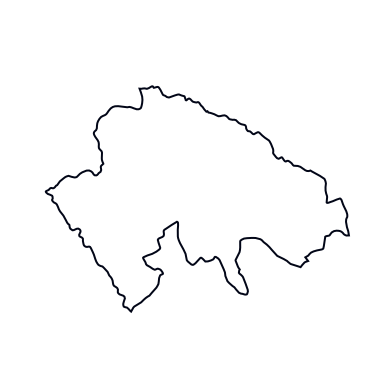 the district of Quan Ba, Hà Giang, Vietnam, rotated 337°
{"feature_id": "81297802B31175014332346", "entity_name": "Quan Ba", "entity_type": "district", "adm_level": 2, "iso_a3": "VNM", "parent_name": "Vietnam", "parent_adm1": "Hà Giang", "projection": "natural_earth1", "projection_center": [104.959, 23.067], "detail": "fine", "context": "isolated", "style": "outline", "palette": "ink", "viewbox_px": 384, "rotation_deg": 337, "n_neighbors": 0, "source": "geoboundaries", "source_scale": "gbopen_adm2", "svg_char_len": 5994}
<svg xmlns="http://www.w3.org/2000/svg" viewBox="0 0 384 384"><g transform="rotate(337 192 192)"><path d="M319.5,293.3L320.5,289.0L320.9,284.9L322.1,279.7L323.2,277.5L324.0,276.6L325.0,275.8L325.5,275.0L325.9,274.0L326.2,273.0L326.5,270.0L326.2,264.3L326.2,262.2L326.5,257.8L326.3,256.9L326.0,256.1L325.6,255.8L322.4,255.5L317.9,255.5L315.5,255.3L313.4,255.2L312.3,254.9L311.9,254.5L311.9,254.1L314.3,249.7L314.7,248.6L314.9,245.9L315.5,242.9L316.8,239.7L318.6,236.5L319.0,234.6L319.1,233.0L319.0,231.6L318.8,231.3L316.1,227.2L310.5,220.1L309.4,218.5L307.8,218.4L306.1,217.6L304.8,216.3L301.6,211.2L299.6,209.4L296.0,207.6L295.5,206.8L294.9,204.4L293.6,202.0L292.8,201.0L291.7,200.5L290.4,200.6L290.1,200.5L289.5,199.9L289.1,198.7L288.5,195.6L288.2,195.2L287.7,195.0L285.0,195.3L284.5,195.1L283.5,194.0L282.9,192.4L281.9,188.7L281.9,187.8L282.8,186.1L283.2,185.0L283.4,184.0L283.5,178.7L283.3,176.2L283.0,174.7L280.3,170.5L278.7,167.4L277.2,163.8L276.6,163.0L276.0,162.7L274.6,162.7L271.6,163.0L271.1,162.7L270.6,162.2L269.6,159.8L269.0,158.8L267.3,157.8L266.9,156.8L266.7,155.8L266.7,154.6L267.2,153.2L267.2,151.7L266.7,150.9L263.9,148.9L262.5,147.3L262.0,146.6L260.5,143.0L259.0,141.9L257.7,141.5L255.6,140.1L254.8,139.4L254.0,137.0L253.3,135.5L252.0,134.2L250.1,133.6L247.7,133.2L246.0,132.6L245.0,131.6L242.9,129.1L240.7,127.1L239.2,125.9L238.2,125.3L237.8,123.7L236.6,123.7L235.6,120.8L235.0,117.9L234.1,115.9L233.5,112.8L233.2,112.2L232.8,111.7L232.3,111.5L231.2,111.4L230.3,110.9L229.3,110.2L228.1,109.2L227.5,108.0L226.9,106.2L226.2,105.1L225.7,104.8L224.6,104.8L223.2,105.3L222.6,105.4L222.2,105.1L222.1,104.8L222.3,104.3L222.3,102.9L222.5,101.5L222.4,100.9L220.0,99.0L218.1,97.1L216.7,96.7L213.9,96.4L208.7,96.1L207.7,96.0L206.0,94.8L205.0,93.1L203.4,91.5L203.2,90.9L202.8,85.4L202.3,82.9L202.0,82.3L201.1,81.7L197.6,81.2L197.4,80.7L197.3,79.8L197.1,79.4L196.5,79.1L195.5,79.1L192.9,79.5L190.8,79.4L188.9,78.1L187.1,77.5L185.7,77.2L184.1,76.4L183.9,80.3L183.4,84.7L182.4,87.8L180.8,90.8L179.2,93.1L177.9,94.6L176.8,95.0L175.3,95.0L173.5,94.3L171.0,92.1L169.4,90.5L167.8,89.3L165.5,88.7L157.5,84.1L154.5,83.0L152.2,82.8L149.8,83.3L147.0,84.7L144.7,86.2L143.4,86.9L141.9,87.2L139.7,87.2L137.7,87.4L135.4,88.5L133.1,90.2L131.7,91.7L130.4,93.9L129.3,96.2L128.0,97.5L126.0,98.2L125.0,98.9L124.4,100.0L124.3,101.5L124.5,103.4L125.4,107.5L125.5,109.6L125.0,111.5L124.0,113.6L123.5,115.1L123.6,116.2L124.7,119.2L124.5,120.7L122.2,125.6L121.6,127.3L121.4,129.5L121.5,130.9L121.4,131.4L118.6,132.4L117.8,133.3L117.0,136.3L115.7,137.7L113.4,138.2L112.3,138.9L111.2,139.3L110.4,139.3L109.1,138.7L108.4,137.6L108.0,135.2L107.3,133.7L105.7,132.0L103.3,131.1L98.7,131.0L95.9,131.5L92.0,133.1L90.8,133.1L89.5,132.7L87.0,130.9L84.7,128.9L83.1,128.7L81.4,128.7L79.3,129.2L74.5,130.6L70.6,133.0L69.3,133.1L67.5,134.1L66.3,134.4L65.5,134.3L64.4,133.5L63.9,133.2L62.9,133.2L61.7,133.7L60.9,134.1L58.1,134.2L57.6,134.5L57.5,135.0L57.7,135.8L58.5,137.4L60.5,139.3L61.8,140.8L61.8,141.9L61.2,143.6L60.1,144.6L60.0,145.3L60.4,146.7L60.9,147.8L62.1,149.2L62.7,150.6L62.8,153.4L62.7,156.1L63.0,158.4L64.4,163.5L64.9,168.6L65.1,171.5L65.6,173.2L66.2,174.1L66.2,174.7L65.7,176.3L65.6,177.4L65.7,178.3L67.0,180.5L68.3,180.9L71.4,180.8L72.9,181.2L73.9,182.4L74.2,183.3L74.2,184.1L73.8,185.1L71.5,187.2L71.2,188.0L71.1,188.5L71.5,189.4L72.7,190.7L73.2,191.7L73.3,192.5L72.4,194.6L71.8,197.5L71.7,198.7L72.0,199.8L72.6,200.6L73.2,201.2L74.1,201.6L75.9,202.0L76.7,202.7L77.0,204.1L77.2,208.8L77.2,211.4L76.8,215.8L76.7,218.6L77.0,221.0L77.4,222.5L78.2,223.6L79.2,224.6L80.5,225.6L81.3,227.5L83.1,232.6L83.2,236.5L83.9,238.4L84.3,240.2L84.3,242.5L83.7,244.8L83.4,246.3L83.4,247.3L83.7,248.2L84.8,249.7L85.6,251.1L85.7,251.9L85.7,252.9L84.9,254.5L84.5,255.5L84.6,256.4L85.3,257.9L88.3,260.7L88.9,262.0L88.6,263.8L86.7,265.9L85.2,267.8L84.6,269.1L84.4,270.8L85.2,271.7L87.0,273.0L87.9,274.9L88.8,277.5L89.2,278.3L91.7,276.4L92.8,275.5L94.1,274.9L102.1,273.7L105.6,272.3L108.0,271.5L110.3,271.0L112.3,270.8L115.4,269.2L121.9,266.1L123.8,264.7L125.1,263.6L126.4,261.5L128.1,258.4L130.1,256.3L131.2,256.1L132.8,256.1L133.3,255.9L133.5,254.9L133.3,253.6L132.9,251.9L132.4,250.9L131.1,249.6L130.2,249.1L127.8,249.1L127.2,248.9L125.8,247.3L124.1,244.6L121.9,241.8L121.5,240.5L121.7,238.5L121.2,234.8L121.2,233.7L121.4,233.3L122.0,233.1L126.2,233.0L131.2,233.4L135.9,233.0L138.8,232.3L140.2,231.8L140.8,231.2L141.0,230.7L141.4,225.6L141.8,222.8L142.2,222.3L143.0,222.0L143.7,221.8L147.2,221.8L148.6,221.4L149.4,220.5L149.9,219.3L150.4,217.5L150.9,216.6L151.8,216.0L153.6,215.7L160.3,214.4L166.5,213.5L166.8,213.8L167.1,214.5L167.0,215.1L166.2,217.2L164.1,221.3L161.6,227.4L161.2,229.1L161.0,231.1L161.0,234.5L161.7,241.5L161.9,246.4L160.6,252.6L160.9,254.1L163.1,258.5L164.1,259.3L164.8,259.5L165.5,259.4L167.4,258.9L173.8,256.0L174.6,256.0L175.1,256.5L175.9,258.0L177.1,261.2L179.6,262.1L182.6,262.4L185.2,262.3L186.3,261.7L187.2,260.9L187.8,260.7L188.6,261.1L190.2,263.5L190.8,265.5L191.0,275.4L190.9,278.9L189.9,282.4L189.8,288.0L190.7,290.4L192.6,294.4L193.8,296.3L194.5,299.0L195.9,303.1L197.4,304.7L198.6,305.4L200.5,307.0L201.5,307.5L202.5,307.6L203.1,307.2L204.6,305.4L205.1,303.7L205.5,297.6L205.7,290.4L205.5,289.3L204.7,287.3L203.8,285.7L203.6,284.7L204.7,282.8L205.7,282.0L205.2,279.9L205.1,278.6L205.3,272.2L205.6,271.6L212.2,266.0L213.4,264.3L214.6,262.1L217.0,256.4L217.6,255.7L219.2,255.3L221.7,255.2L224.6,256.0L229.3,257.7L232.6,259.2L236.5,262.2L237.4,263.5L238.4,266.2L240.3,269.6L241.7,272.9L242.9,276.6L245.5,284.1L250.2,289.5L252.6,292.7L253.1,293.9L254.6,296.7L255.5,297.5L262.6,303.6L264.7,302.4L267.9,300.9L269.0,300.7L271.9,300.9L270.8,296.4L274.1,296.0L275.8,295.1L277.9,294.3L280.7,294.2L284.2,294.6L289.0,295.6L290.0,295.6L290.8,295.3L292.1,293.5L297.2,285.2L298.3,285.1L301.0,285.7L301.8,285.6L303.4,284.6L304.9,283.8L307.5,283.5L310.0,284.1L311.8,285.0L313.0,285.8L314.0,286.9L314.8,288.4L315.3,290.2L316.1,291.4L317.1,292.4L319.5,293.3Z" fill="none" stroke="#020617" stroke-width="2"/></g></svg>